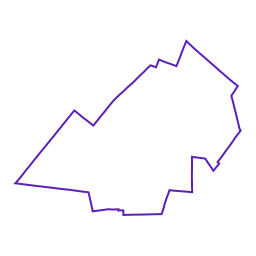 Carpinis, Timis, Romania (Mercator projection)
{"feature_id": "2599482B73230505833398", "entity_name": "Carpinis", "entity_type": "district", "adm_level": 2, "iso_a3": "ROU", "parent_name": "Romania", "parent_adm1": "Timis", "projection": "mercator", "projection_center": [20.916, 45.814], "detail": "fine", "context": "isolated", "style": "outline", "palette": "violet", "viewbox_px": 256, "rotation_deg": 0, "n_neighbors": 0, "source": "geoboundaries", "source_scale": "gbopen_adm2", "svg_char_len": 3335}
<svg xmlns="http://www.w3.org/2000/svg" viewBox="0 0 256 256"><path d="M163.7,207.9L164.9,203.0L165.8,200.6L166.5,198.3L168.3,193.7L169.3,191.1L169.3,190.7L169.4,190.2L171.2,190.4L172.7,190.5L173.5,190.6L175.6,190.8L179.6,191.1L181.7,191.3L184.7,191.5L188.2,191.8L189.8,192.0L192.2,192.2L192.1,189.6L192.1,189.0L192.0,187.5L192.0,184.7L192.0,182.8L192.0,181.1L191.9,181.1L191.9,178.9L191.9,177.9L191.9,173.1L192.0,168.6L192.0,164.1L192.0,163.7L192.0,160.1L192.0,158.9L192.0,156.8L193.0,157.0L195.9,157.4L198.5,157.7L203.8,158.4L205.3,158.7L206.8,160.9L207.9,162.7L211.1,167.3L213.4,170.8L213.6,170.6L215.6,168.0L216.6,166.8L219.2,163.5L217.6,162.1L219.0,160.2L220.1,158.8L221.2,157.4L222.1,156.2L223.0,154.9L223.5,154.2L224.6,152.6L225.8,150.9L226.7,149.7L228.2,147.7L229.4,146.1L230.3,144.8L231.5,143.3L232.6,141.6L233.6,140.2L233.8,140.0L233.8,139.8L234.3,138.9L235.1,137.9L235.8,136.9L237.0,135.4L238.2,133.8L239.5,132.2L240.6,130.4L239.8,129.6L239.3,127.7L238.9,126.2L238.3,123.8L238.2,123.2L237.7,121.1L237.4,120.0L237.1,118.7L236.5,116.2L236.0,114.0L235.6,112.5L234.9,109.5L234.2,107.0L233.8,105.2L233.7,104.6L232.6,100.5L231.9,97.9L231.3,95.7L232.0,94.8L233.0,93.4L233.7,92.4L233.7,92.2L234.3,91.4L235.6,89.3L236.8,87.5L237.8,86.0L235.8,84.4L234.4,83.3L231.4,80.9L229.9,79.7L226.9,77.1L225.9,76.2L224.0,74.5L221.5,72.4L219.6,70.8L218.1,69.4L217.4,68.8L216.7,68.1L215.0,66.6L213.5,65.3L211.5,63.6L209.5,61.9L208.9,61.4L207.0,59.6L205.8,58.6L204.7,57.6L202.6,55.8L200.4,54.0L197.6,51.5L196.2,50.2L194.3,48.6L193.3,47.7L191.9,46.3L189.4,44.0L188.0,42.6L186.3,41.0L185.1,44.1L184.0,46.7L182.7,49.9L181.2,54.0L180.0,57.2L178.3,61.4L176.4,66.1L171.5,64.3L165.5,62.2L161.4,60.6L159.0,59.6L157.6,63.1L156.0,67.3L153.9,66.5L150.6,65.3L149.0,66.7L147.1,68.5L144.3,71.5L143.5,72.2L141.4,74.2L137.7,77.7L136.8,78.7L136.5,79.0L136.0,79.6L133.6,81.9L132.5,83.0L130.5,84.7L127.0,87.8L125.6,89.1L124.0,90.7L122.8,91.8L119.7,94.6L116.5,97.6L114.7,99.5L114.2,99.9L113.4,100.8L111.4,103.1L108.6,106.5L105.9,110.0L104.6,111.7L101.5,115.3L99.0,118.5L97.2,120.8L95.5,122.9L94.1,124.6L93.3,125.6L92.8,125.1L90.6,123.4L89.9,122.9L88.5,121.8L87.2,120.8L87.1,120.6L84.3,118.6L83.5,118.0L82.6,117.3L80.4,115.4L77.6,113.1L74.4,110.5L74.2,110.6L73.4,111.7L72.9,112.2L69.7,116.3L68.9,117.1L65.8,121.0L65.2,121.8L62.2,125.4L61.2,126.8L58.7,129.8L57.4,131.4L55.5,133.8L53.3,136.6L51.0,139.3L49.4,141.3L46.9,144.4L45.5,146.2L42.7,149.6L41.3,151.2L38.8,154.4L37.3,156.2L34.4,159.8L33.4,161.0L31.4,163.6L29.6,165.9L26.1,170.1L23.2,173.9L20.1,177.8L19.2,178.8L15.6,183.1L15.4,183.3L23.5,184.3L29.0,185.0L37.6,186.1L44.9,186.9L47.1,187.2L51.8,187.7L56.2,188.3L63.4,189.2L65.6,189.4L70.1,189.8L71.0,190.0L74.6,190.5L78.1,191.0L80.3,191.3L84.0,191.8L88.5,192.3L89.5,196.4L90.2,200.0L90.4,200.6L90.7,201.9L90.9,202.8L91.6,206.1L92.0,207.9L92.4,209.5L92.5,209.9L92.5,210.3L92.7,211.3L96.6,210.8L99.4,210.5L100.3,210.4L101.9,210.1L102.5,210.0L103.6,209.9L104.7,209.7L106.1,209.5L107.7,209.3L108.6,209.2L108.9,209.2L109.5,209.2L109.9,209.4L112.7,209.5L113.8,209.5L117.5,209.3L118.5,209.3L118.4,210.5L118.7,210.4L119.9,210.4L121.6,210.4L122.6,210.3L123.3,210.3L123.3,211.6L123.4,214.0L123.4,215.0L125.9,214.9L127.3,214.8L129.8,214.8L131.4,214.7L140.2,214.6L144.3,214.5L157.0,214.2L161.6,214.1L163.6,208.1L163.7,207.9Z" fill="none" stroke="#5b21b6" stroke-width="2"/></svg>